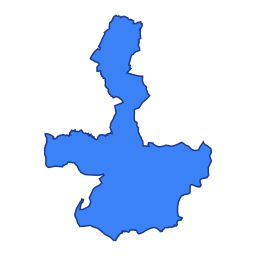 outline of Maru, Zamfara, Nigeria
{"feature_id": "59680162B25309364748934", "entity_name": "Maru", "entity_type": "district", "adm_level": 2, "iso_a3": "NGA", "parent_name": "Nigeria", "parent_adm1": "Zamfara", "projection": "orthographic", "projection_center": [6.251, 11.686], "detail": "fine", "context": "isolated", "style": "filled", "palette": "blue", "viewbox_px": 256, "rotation_deg": 0, "n_neighbors": 0, "source": "geoboundaries", "source_scale": "gbopen_adm2", "svg_char_len": 5785}
<svg xmlns="http://www.w3.org/2000/svg" viewBox="0 0 256 256"><path d="M116.0,15.4L114.1,16.5L113.5,17.6L113.5,18.1L113.0,18.3L113.1,18.6L112.6,19.3L112.7,19.9L112.3,20.0L112.1,20.6L111.2,21.7L111.4,21.7L111.3,21.9L110.8,21.8L110.0,22.5L109.5,24.0L109.3,28.9L107.8,29.7L104.4,32.4L105.0,33.6L102.1,39.1L101.3,41.4L98.6,46.8L100.5,47.6L99.5,49.8L97.7,48.8L95.2,51.1L93.3,53.4L90.3,58.4L91.4,59.5L93.3,60.3L94.8,61.7L97.3,62.1L98.9,63.4L99.2,64.5L98.2,65.5L97.8,66.4L97.4,67.0L97.1,67.0L97.0,67.6L97.0,71.2L98.7,71.4L100.0,70.5L100.8,71.0L101.0,71.6L100.6,72.4L101.4,73.8L100.8,74.1L101.4,74.9L101.6,76.0L103.0,76.7L103.2,78.1L104.5,78.3L105.2,79.2L105.2,81.3L105.6,82.0L105.2,85.0L105.5,86.4L105.7,86.8L106.3,87.1L106.6,87.7L107.9,88.5L108.4,90.3L108.1,91.4L109.5,94.2L110.6,94.9L110.9,96.0L112.3,96.3L113.2,97.8L114.7,97.2L115.3,96.6L117.8,96.9L118.4,97.6L119.4,97.7L120.1,98.8L121.1,99.4L122.2,100.6L123.0,102.6L114.9,105.7L116.1,113.0L114.5,115.8L113.5,118.5L110.9,123.2L110.1,127.5L112.1,132.7L111.5,132.8L111.6,133.5L110.9,133.2L110.6,132.7L109.9,133.7L108.1,133.7L107.7,134.4L107.6,135.1L107.1,135.2L106.7,134.4L106.5,134.5L105.8,135.0L105.4,136.1L104.6,135.3L104.2,135.5L103.7,135.0L102.8,135.1L102.6,134.8L101.1,135.0L100.2,134.8L99.5,135.2L99.5,135.7L98.4,136.4L97.6,138.0L97.6,139.1L96.7,139.6L94.9,139.2L95.0,138.8L94.1,138.5L93.9,138.2L93.8,137.7L94.1,137.4L93.9,137.0L93.5,137.2L93.6,136.9L93.2,136.6L92.8,136.7L92.8,137.1L92.3,137.2L92.4,136.8L91.8,136.2L91.5,135.9L91.7,135.6L91.2,135.5L91.2,135.1L90.8,134.9L90.8,134.7L90.6,134.9L90.4,134.5L90.1,134.6L89.9,134.9L90.3,135.4L90.1,135.9L88.7,135.8L88.3,135.4L88.6,134.9L88.4,134.7L88.6,134.6L88.7,133.8L88.3,133.4L87.5,133.9L85.6,133.1L85.4,133.4L84.4,133.5L83.3,132.9L83.1,132.5L82.8,132.5L81.6,130.1L80.7,130.2L79.3,131.3L78.1,131.6L77.0,131.3L75.8,131.6L74.9,131.0L75.1,130.0L74.4,130.1L74.4,131.1L73.6,130.6L72.9,131.1L72.3,130.5L71.5,130.2L71.2,131.3L69.7,133.1L70.3,134.2L70.5,135.0L69.5,134.7L68.8,135.6L68.8,136.0L67.1,135.1L66.3,135.1L65.5,135.7L63.6,134.7L62.4,134.8L61.5,135.3L60.1,135.3L59.7,135.7L58.4,136.3L57.9,136.2L57.3,136.6L56.9,137.9L54.6,139.1L53.0,138.6L53.0,138.2L53.8,137.5L53.7,137.2L53.3,137.1L53.0,136.9L52.9,136.3L52.3,136.1L50.8,135.0L47.3,133.8L45.2,133.8L45.6,136.0L46.6,137.5L46.8,142.2L46.3,143.5L46.2,144.6L45.3,145.3L45.5,146.6L44.8,147.6L44.9,148.0L44.6,148.6L44.9,149.5L44.6,150.3L44.8,151.2L44.7,154.5L45.9,157.2L45.8,163.7L46.3,165.6L47.6,167.0L48.9,167.4L53.8,166.4L56.0,166.2L62.6,166.8L63.1,165.7L64.5,164.8L66.8,164.1L67.8,162.1L74.2,162.8L76.7,165.6L77.3,165.8L78.7,169.3L80.8,172.3L84.9,174.4L86.8,174.7L96.3,175.2L99.9,175.1L103.4,174.1L104.0,175.1L99.4,178.9L101.9,182.9L99.2,185.4L95.3,187.3L93.5,188.9L89.9,196.7L89.5,197.2L89.4,198.2L90.6,200.6L90.6,202.6L88.9,206.4L83.3,209.3L79.9,209.6L81.1,203.5L82.8,202.2L83.4,199.5L81.7,199.1L81.2,201.0L80.1,202.2L77.7,206.7L76.6,208.2L74.8,214.7L75.2,216.5L76.7,219.2L77.7,223.2L78.8,224.6L79.8,226.4L82.8,226.4L89.9,225.4L91.0,225.6L92.2,226.5L97.6,228.2L102.7,232.2L104.6,234.2L109.8,236.7L113.5,240.2L115.3,240.6L115.9,240.1L116.0,238.9L116.6,238.8L116.7,238.2L117.5,237.2L118.0,236.1L118.8,235.9L118.7,235.1L120.6,233.3L121.7,233.3L122.0,233.1L122.3,232.2L122.8,231.9L122.6,231.4L122.0,231.6L122.0,231.2L123.0,230.7L123.9,231.1L124.5,231.7L124.9,231.7L125.4,231.2L125.8,231.5L126.8,231.5L128.5,232.2L129.6,231.1L130.0,230.1L130.6,230.2L131.2,229.9L132.6,229.7L133.2,230.0L134.5,229.8L135.0,230.4L135.6,230.1L136.8,230.6L137.2,232.2L137.9,233.0L138.1,233.4L138.8,233.8L139.6,233.7L142.8,232.4L146.0,230.3L150.8,228.1L154.3,227.4L157.1,228.4L160.2,231.1L160.2,231.5L161.0,231.6L161.2,231.0L162.1,231.2L162.3,231.0L162.6,230.1L164.3,228.5L164.5,227.9L165.0,227.7L168.0,227.6L168.2,227.3L168.7,227.4L171.1,227.0L171.3,227.3L171.6,227.2L173.2,226.8L173.8,226.2L174.0,226.4L174.3,226.2L174.3,225.3L175.0,225.1L176.0,226.1L177.2,224.8L176.9,222.2L177.9,220.6L179.2,220.3L179.9,219.8L180.9,220.2L182.2,218.3L182.0,217.6L179.6,217.1L178.4,216.0L178.0,214.9L177.5,211.3L177.6,206.9L178.1,203.1L178.7,201.2L180.3,197.6L181.5,196.0L184.4,194.6L188.7,193.8L189.0,193.2L189.6,193.2L190.0,192.4L190.1,186.8L190.5,185.0L191.1,184.6L193.1,185.0L197.4,186.8L198.0,186.8L198.5,186.4L198.9,186.8L199.5,187.0L200.5,186.5L200.6,185.6L201.1,185.1L200.1,182.2L200.0,180.0L201.8,178.7L206.9,177.7L208.7,175.0L208.3,173.1L208.3,167.6L211.4,160.8L209.6,156.1L211.4,152.3L210.8,148.6L206.6,145.3L205.2,144.8L203.6,143.0L203.3,142.0L200.0,146.9L198.7,149.7L196.6,150.4L193.8,150.4L191.2,149.1L188.6,146.3L185.9,145.3L181.8,142.3L176.5,144.8L173.1,145.9L171.0,146.3L168.7,145.6L165.6,145.2L163.8,146.1L158.8,146.9L155.0,145.4L154.2,144.6L153.5,144.5L152.8,143.0L148.7,142.7L148.1,144.3L149.0,146.2L143.2,145.9L142.7,141.2L141.6,139.2L140.9,137.0L139.8,135.5L138.1,131.4L138.4,127.8L138.2,127.4L137.0,126.4L136.8,124.0L137.1,122.9L136.9,122.4L135.4,121.7L135.0,121.2L134.2,119.5L134.4,109.4L138.6,108.0L139.5,107.1L142.5,102.3L146.2,99.4L149.7,95.6L147.4,93.1L147.2,91.4L146.2,89.2L146.4,87.4L145.8,86.3L144.0,84.8L143.3,83.5L142.4,80.7L142.6,76.2L139.1,76.1L135.6,75.4L133.8,74.7L132.8,74.6L126.9,72.9L127.8,72.1L128.0,71.4L128.5,71.3L130.9,68.5L129.7,67.9L130.2,65.3L128.7,65.0L131.5,55.2L133.3,54.3L133.6,53.6L134.5,52.5L136.5,51.4L139.6,50.5L139.4,47.7L138.8,46.5L138.3,44.5L138.3,44.1L138.6,43.8L138.9,43.1L138.5,42.1L139.1,41.8L139.0,40.3L138.7,39.6L140.7,38.3L140.1,33.8L140.3,30.0L139.7,29.9L139.4,29.3L140.8,28.4L142.2,25.6L142.2,23.9L141.3,23.6L140.6,21.8L137.6,22.6L136.1,23.7L135.7,23.7L135.1,23.3L133.4,23.7L133.6,21.0L130.9,19.5L130.7,20.1L128.9,19.4L128.2,18.8L127.8,17.8L124.5,16.5L123.0,16.4L121.8,16.8L121.4,17.5L120.5,17.5L120.1,16.5L118.6,16.0L117.9,16.5L117.0,16.2L116.0,15.4Z" fill="#3b82f6" stroke="#1e3a8a" stroke-width="1.5"/></svg>